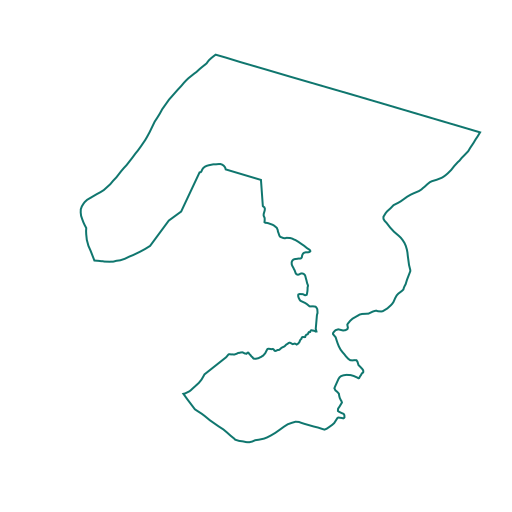 the district of Tbaeng Mean Chey, Preah Vihéar, Cambodia, rotated 16°
{"feature_id": "14789045B76520670537336", "entity_name": "Tbaeng Mean Chey", "entity_type": "district", "adm_level": 2, "iso_a3": "KHM", "parent_name": "Cambodia", "parent_adm1": "Preah Vihéar", "projection": "albers", "projection_center": [105.049, 13.77], "detail": "fine", "context": "isolated", "style": "outline", "palette": "teal", "viewbox_px": 512, "rotation_deg": 16, "n_neighbors": 0, "source": "geoboundaries", "source_scale": "gbopen_adm2", "svg_char_len": 6123}
<svg xmlns="http://www.w3.org/2000/svg" viewBox="0 0 512 512"><g transform="rotate(16 256 256)"><path d="M393.1,274.1L396.7,270.2L399.2,266.2L400.1,264.4L400.8,262.4L401.4,258.1L402.1,255.1L403.2,252.9L404.5,251.2L405.9,249.3L406.9,247.6L406.9,245.6L407.3,243.1L407.6,242.1L407.7,237.1L408.5,228.1L408.2,227.0L405.6,222.5L401.9,214.1L400.6,210.9L399.3,208.3L397.2,205.0L395.1,202.5L392.6,200.3L390.1,198.5L387.6,197.2L381.9,194.6L377.0,191.6L372.4,188.2L370.0,186.8L368.4,185.3L368.0,184.3L367.7,183.1L368.8,179.1L369.7,177.0L372.2,173.0L374.2,169.2L378.1,165.6L380.1,163.5L385.0,157.3L387.8,154.4L390.1,152.4L394.8,148.6L396.7,146.4L397.6,144.9L399.1,142.8L400.9,139.8L402.8,137.1L404.5,135.6L408.7,132.9L413.0,129.6L414.4,128.1L415.9,126.2L417.5,123.8L419.9,119.5L421.8,114.8L424.2,110.0L425.3,108.3L426.7,105.0L428.3,102.1L431.1,96.8L432.1,93.0L433.9,87.4L435.0,83.2L436.0,80.2L437.3,75.4L308.1,74.4L239.5,74.2L214.6,74.0L187.3,73.9L172.5,73.6L161.7,73.6L160.2,75.6L158.5,78.0L156.9,80.6L156.1,82.5L155.4,84.5L152.2,89.0L150.3,91.8L148.0,95.6L146.4,97.6L142.0,103.8L140.5,106.4L139.0,109.3L137.4,112.9L135.0,117.6L129.3,129.6L125.4,140.7L124.3,145.6L123.0,150.2L121.6,154.7L119.6,166.3L118.4,171.7L117.5,175.2L115.0,182.7L113.3,187.4L111.9,190.6L110.0,195.7L106.5,204.4L104.8,207.7L103.1,211.4L100.1,218.9L97.9,223.1L96.1,227.2L91.5,234.6L88.8,237.6L86.0,240.3L78.2,248.5L76.5,251.3L75.8,253.1L74.9,256.3L74.7,259.4L75.5,262.5L76.8,265.6L78.8,268.5L80.8,271.2L82.7,273.4L85.1,275.9L85.8,278.9L86.8,281.9L88.9,287.1L92.1,292.4L95.6,296.6L101.9,304.9L106.3,304.0L108.4,303.7L110.0,303.3L112.0,303.1L116.7,301.9L120.5,300.7L123.1,299.1L126.6,297.6L130.6,294.9L134.5,291.4L137.6,289.0L143.3,283.9L147.4,279.9L151.4,275.5L162.4,246.0L171.8,233.9L178.7,191.2L179.8,190.6L180.2,189.8L180.4,188.2L180.8,186.6L181.3,185.6L182.4,184.1L183.8,182.9L185.4,181.9L187.1,181.0L189.6,179.7L192.3,178.9L194.5,178.0L196.4,177.4L198.3,177.5L200.1,178.1L201.9,179.4L203.0,181.1L239.8,181.5L248.8,206.1L249.5,206.5L250.6,206.9L251.5,208.1L251.8,209.8L251.8,213.4L252.1,214.8L252.7,215.8L253.5,216.6L253.9,217.3L254.5,219.3L254.8,221.1L255.8,221.5L257.2,221.2L258.7,221.1L263.4,221.4L265.0,221.8L268.2,223.2L269.1,224.3L269.8,225.2L270.3,226.4L271.3,227.7L272.6,229.6L273.3,230.4L274.1,230.9L277.2,231.2L278.9,231.0L280.4,230.1L283.9,229.3L286.0,229.3L288.1,229.7L289.5,229.8L292.8,230.7L296.0,231.8L299.4,232.9L302.9,234.4L305.0,235.0L306.2,235.5L306.9,236.3L306.7,236.9L306.2,237.4L305.7,237.8L304.4,238.3L302.8,238.7L301.4,239.6L300.9,240.1L300.5,240.9L300.2,242.5L300.4,244.7L300.1,245.5L299.7,246.0L298.9,246.4L298.0,246.6L297.2,246.9L296.3,247.4L294.3,248.2L293.5,248.7L292.9,249.2L292.3,250.2L292.0,251.5L292.1,252.6L292.7,254.3L293.7,255.6L295.4,257.3L296.3,258.4L297.0,259.0L298.8,261.5L299.3,262.0L300.1,262.4L301.0,262.5L301.8,262.3L302.4,261.9L303.8,260.6L304.8,260.1L306.1,260.0L307.1,260.2L308.3,260.9L309.0,261.8L310.4,264.2L311.1,265.3L312.4,267.6L313.0,268.6L313.5,269.1L314.2,270.3L314.3,272.3L314.6,273.2L315.1,275.5L315.2,276.5L315.4,278.1L315.4,279.3L314.3,280.1L313.4,280.2L312.5,279.9L311.5,279.8L309.4,280.3L308.2,280.6L307.3,281.4L307.5,282.6L307.8,283.3L308.6,284.5L310.1,286.1L311.1,286.8L316.1,287.6L318.1,288.2L321.3,289.6L322.1,289.5L324.5,288.7L327.1,288.3L327.8,288.6L328.7,289.3L329.6,290.3L330.6,293.0L330.9,294.2L330.8,294.9L330.9,296.2L333.5,309.5L334.9,311.9L334.2,312.2L333.0,311.9L332.0,311.8L331.5,312.1L330.6,312.0L329.7,312.1L329.3,312.4L329.0,313.3L329.0,314.1L328.4,314.5L327.8,314.6L327.5,315.3L327.5,316.3L327.2,317.0L326.1,317.8L325.6,318.9L325.6,320.3L324.8,320.7L323.4,320.9L322.7,321.4L322.5,321.9L322.5,323.0L322.2,323.5L321.7,324.5L321.5,325.5L321.6,326.3L321.4,326.8L321.1,327.4L320.9,328.3L319.5,329.9L318.4,329.6L317.4,329.5L315.6,330.6L314.5,330.4L313.4,330.1L312.3,330.0L311.2,330.7L310.7,331.6L309.5,332.8L308.5,334.7L307.7,335.6L306.7,336.4L305.8,337.3L304.3,339.7L303.6,340.1L302.7,340.4L301.4,341.6L300.6,342.0L299.9,341.9L298.8,341.0L297.8,340.7L296.6,341.3L294.8,341.5L293.6,341.7L292.7,342.2L292.3,343.6L291.7,346.8L291.4,347.5L290.2,350.0L289.7,350.3L289.1,351.2L288.7,351.6L287.5,352.6L286.6,353.5L284.0,354.9L282.1,355.3L281.5,355.1L280.6,354.3L279.7,354.0L278.9,353.5L277.9,352.7L277.0,352.3L276.1,351.6L275.3,351.0L274.6,351.2L273.8,352.6L273.2,352.6L272.2,352.8L271.0,352.6L269.7,352.3L268.0,352.9L266.7,353.7L265.8,354.0L265.0,354.6L264.5,355.2L262.6,356.5L262.1,356.8L260.8,357.0L259.5,357.4L257.2,357.8L256.6,358.4L255.5,360.9L255.1,361.7L239.1,384.0L238.7,385.8L237.7,389.8L236.0,393.8L231.4,401.2L230.4,402.9L229.3,404.4L225.8,407.6L224.2,408.5L229.4,412.6L239.5,420.2L242.0,421.0L247.3,422.6L250.7,423.9L253.7,425.2L256.9,426.6L266.8,430.0L272.4,431.7L276.9,433.7L281.0,435.7L285.5,437.6L286.6,438.3L290.7,438.4L294.6,437.8L298.0,437.6L300.8,436.9L303.5,435.4L306.0,433.3L309.4,431.8L314.1,429.3L316.6,427.4L319.7,424.5L323.3,420.7L326.6,416.6L329.9,412.4L332.9,409.0L336.4,406.5L339.7,404.4L343.0,403.7L345.5,403.9L348.8,404.0L358.4,404.0L363.0,403.8L367.7,404.0L369.7,404.0L371.5,402.6L373.5,400.2L375.8,397.3L377.2,395.1L378.9,389.4L379.6,388.6L382.8,388.1L384.7,388.0L385.2,387.5L385.5,386.8L385.0,385.1L384.4,384.1L383.6,383.6L381.2,383.3L378.6,382.8L377.5,382.4L377.2,381.4L377.0,380.1L377.8,377.7L379.0,373.2L378.2,372.0L377.0,370.9L375.6,369.3L374.6,367.6L373.6,365.5L372.2,364.6L370.9,363.9L369.4,363.3L367.8,361.5L368.0,359.6L369.2,351.4L369.8,349.5L370.9,348.0L372.9,346.6L375.8,345.3L379.8,344.4L383.0,344.4L386.6,344.9L388.2,345.3L388.8,344.9L389.1,343.3L389.8,341.2L390.1,339.7L391.1,338.4L391.0,337.5L390.5,336.3L389.3,335.3L386.8,333.8L384.6,332.6L382.7,329.7L381.3,328.5L379.3,329.0L377.4,329.8L375.2,330.2L373.0,329.4L370.0,327.6L368.0,326.1L365.8,324.7L363.1,322.7L360.5,320.0L358.5,317.4L356.9,315.1L355.0,312.2L351.6,309.9L351.3,309.0L351.8,307.4L352.9,305.4L355.3,303.8L360.3,303.6L362.5,302.6L364.0,301.1L364.1,299.6L362.7,296.9L362.9,295.8L364.4,292.3L366.1,289.6L371.8,283.7L373.9,282.5L380.0,280.4L383.5,277.3L384.8,276.4L386.6,275.4L387.7,275.5L388.9,275.4L391.7,274.8L393.1,274.1Z" fill="none" stroke="#0f766e" stroke-width="2"/></g></svg>